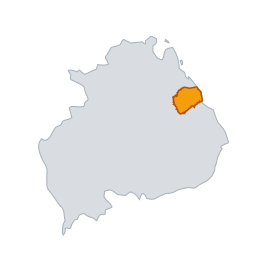 Veal Veaeng, Pouthisat, Cambodia shown in context, rotated 165°
{"feature_id": "14789045B9222272664434", "entity_name": "Veal Veaeng", "entity_type": "district", "adm_level": 2, "iso_a3": "KHM", "parent_name": "Cambodia", "parent_adm1": "Pouthisat", "projection": "robinson", "projection_center": [103.138, 12.256], "detail": "fine", "context": "in_parent", "style": "filled", "palette": "amber", "viewbox_px": 256, "rotation_deg": 165, "n_neighbors": 0, "source": "geoboundaries", "source_scale": "gbopen_adm2", "svg_char_len": 6545}
<svg xmlns="http://www.w3.org/2000/svg" viewBox="0 0 256 256"><g transform="rotate(165 128 128)"><path d="M218.2,41.4L218.7,43.6L217.2,47.8L215.7,51.6L212.7,55.0L212.6,57.4L211.6,64.7L212.0,67.0L212.7,69.0L213.7,70.1L216.3,77.3L218.7,83.8L221.0,89.1L221.4,92.5L219.3,101.1L216.9,108.9L217.1,112.9L218.2,116.8L219.3,122.0L219.8,128.7L219.2,133.1L218.1,135.8L216.0,138.6L214.1,140.0L211.9,137.6L210.1,137.5L207.7,138.3L205.8,139.3L202.0,143.4L197.8,147.4L191.9,148.4L189.6,151.4L187.2,151.8L182.5,151.9L179.5,152.6L179.6,154.1L179.4,161.1L179.5,162.7L179.0,163.1L176.9,163.4L173.3,162.3L168.5,160.6L165.1,160.3L163.3,163.3L162.3,164.5L161.0,164.7L159.6,165.2L159.1,166.6L159.0,168.3L159.7,171.2L160.0,175.8L159.8,179.0L161.1,181.0L168.4,187.7L170.6,189.4L170.9,190.4L169.6,194.0L170.8,199.1L168.5,199.0L164.6,196.8L162.8,195.5L160.5,196.6L159.7,196.4L158.2,193.8L156.3,191.3L154.2,191.1L149.9,192.1L145.5,192.8L143.9,192.8L143.2,193.3L140.7,197.1L139.6,196.5L135.2,195.0L131.1,194.4L130.3,195.4L130.8,198.6L131.7,201.6L131.2,202.9L128.9,204.5L126.0,207.4L124.2,209.6L123.0,210.2L118.5,210.1L114.1,210.4L112.3,212.5L110.6,214.2L109.2,214.6L103.4,209.4L91.8,207.5L90.6,205.2L89.5,204.8L88.4,207.8L82.1,210.7L79.4,208.9L77.5,206.8L77.8,204.2L79.6,202.1L82.8,200.6L84.2,195.3L81.8,188.5L79.7,186.5L77.5,184.9L75.2,187.5L73.2,191.8L71.2,194.0L68.3,194.5L64.0,194.3L62.4,187.9L61.9,182.3L62.4,176.0L63.1,172.3L59.0,167.1L58.8,162.2L56.8,159.7L56.2,160.9L56.3,162.4L55.7,161.3L49.3,146.9L48.2,140.2L49.3,135.1L50.0,133.3L48.1,130.6L45.5,127.5L40.9,123.5L40.6,117.1L39.6,109.6L38.2,107.0L36.1,102.4L35.0,98.5L34.6,88.4L35.2,87.6L38.4,87.3L42.6,86.5L43.3,84.9L42.5,83.5L45.2,81.2L49.1,76.2L52.0,70.9L54.2,67.6L55.4,64.3L59.7,59.6L65.7,56.4L69.7,55.7L73.9,54.6L77.9,53.0L79.8,52.8L84.8,54.7L87.5,55.2L90.4,55.2L93.3,55.4L95.9,55.2L102.0,53.9L108.5,54.9L114.3,54.1L121.4,52.6L125.0,53.5L128.2,55.1L128.6,58.2L129.4,59.6L130.5,60.7L131.9,60.7L133.7,58.5L135.2,56.3L135.7,55.9L135.8,57.0L136.6,59.4L137.9,61.7L139.3,63.3L141.6,65.4L143.1,65.5L148.0,63.5L155.4,66.4L156.3,67.8L158.6,70.8L161.2,72.9L167.0,73.0L169.0,67.8L168.0,64.7L164.7,59.2L163.8,56.0L164.9,55.4L170.4,54.8L171.3,54.2L172.5,50.6L174.0,51.0L177.1,51.5L180.3,49.0L182.2,46.5L183.3,47.7L184.4,49.5L185.7,50.5L188.0,52.0L190.6,54.2L192.2,56.3L193.5,57.1L196.8,56.5L197.7,56.6L199.6,54.1L200.9,52.7L202.1,53.1L203.7,53.0L207.1,49.7L209.1,46.7L210.2,45.9L213.2,47.4L214.5,47.1L216.2,43.0L218.2,41.4ZM60.2,179.4L59.6,179.7L59.0,179.7L58.4,179.1L58.4,176.8L58.9,175.4L59.9,175.1L60.2,179.4ZM69.9,202.2L68.6,203.8L66.5,200.6L66.5,199.7L69.9,202.2Z" fill="#d9dde1" stroke="#a8b0b8" stroke-width="1"/><path d="M51.0,134.4L50.8,134.4L50.5,134.6L50.4,134.6L50.1,134.6L49.8,134.7L49.6,134.8L49.5,135.0L49.4,135.1L49.4,135.3L49.2,135.4L49.1,135.6L48.9,135.8L48.9,136.5L48.9,136.8L48.8,137.0L48.9,137.4L48.9,137.7L48.9,138.0L48.9,138.3L48.8,139.0L48.7,139.2L48.7,139.5L48.5,139.9L48.5,140.0L48.7,140.5L48.7,141.4L48.6,141.6L48.4,142.1L48.3,142.3L48.4,142.5L48.3,143.0L48.2,143.3L48.1,143.6L48.3,143.7L48.3,143.9L48.4,144.0L48.4,144.4L48.6,144.7L48.6,144.9L48.8,145.1L49.0,145.2L49.1,145.5L49.2,145.8L49.2,146.0L49.3,146.1L49.6,146.5L49.8,146.7L50.0,147.0L50.1,147.3L50.3,147.5L50.5,147.5L50.5,147.8L50.5,148.0L50.6,148.4L50.6,148.6L50.6,149.1L50.7,149.3L50.8,149.5L51.5,150.0L57.7,150.4L58.5,150.6L59.3,151.0L62.7,152.7L62.9,152.7L63.5,152.8L64.1,152.6L64.3,152.8L64.4,152.7L64.5,152.7L64.8,152.6L65.2,152.4L65.5,152.1L65.9,152.0L66.0,152.1L66.4,152.1L66.5,152.3L66.6,152.2L66.7,151.8L66.8,151.5L67.2,151.5L67.3,151.5L67.5,151.6L67.7,151.4L67.7,151.2L67.8,151.2L68.1,151.0L68.8,151.2L68.8,151.3L69.1,151.3L69.1,151.1L69.5,151.1L69.8,150.8L69.9,150.5L69.9,150.4L69.9,150.2L70.1,150.0L70.2,149.9L70.3,149.7L70.5,149.8L70.6,149.7L70.8,149.5L70.9,149.4L71.0,149.4L71.3,149.4L71.5,149.3L71.4,148.9L71.4,148.7L71.4,148.4L71.5,148.3L71.5,148.0L71.7,147.9L71.8,147.7L72.0,147.6L72.3,147.6L72.2,147.5L72.2,147.2L72.1,146.9L72.1,146.7L72.4,146.3L72.5,146.2L72.8,146.1L72.9,146.3L73.3,146.4L73.3,146.6L73.5,146.7L73.5,146.8L74.0,147.0L74.1,146.8L74.5,146.7L74.9,146.5L74.9,146.3L75.1,146.2L75.2,145.9L75.3,145.8L75.5,145.8L75.7,146.0L75.8,146.1L75.9,146.5L76.0,146.5L76.1,146.4L76.6,146.3L76.7,145.9L76.7,145.7L76.4,145.3L76.3,145.2L76.6,144.6L76.8,144.4L76.9,144.1L76.8,143.7L76.7,143.5L76.8,143.4L76.7,143.3L76.7,143.0L76.8,142.9L76.9,142.7L76.9,142.4L77.0,142.3L77.0,142.2L76.9,142.1L77.0,142.0L76.8,142.0L76.8,141.9L76.8,141.7L77.0,141.6L77.2,141.4L77.1,141.2L77.0,140.9L77.4,140.7L77.3,140.4L77.3,140.1L77.3,139.9L77.4,139.7L77.3,139.4L77.4,139.2L77.2,139.1L77.3,139.0L77.3,138.8L77.5,138.8L77.4,138.7L77.5,138.6L77.3,138.7L77.2,138.6L77.2,138.4L76.8,138.4L76.7,138.3L76.6,137.7L76.7,137.4L76.4,137.0L76.4,136.6L76.2,136.5L76.1,136.2L76.0,135.6L75.9,135.3L75.8,135.1L75.8,134.9L75.7,134.8L75.8,134.7L75.8,134.2L76.0,134.1L76.1,133.9L76.1,133.7L75.9,133.5L75.9,133.4L76.1,133.4L75.9,133.2L75.7,133.1L75.5,132.8L75.2,132.4L75.4,132.2L75.4,131.9L75.6,131.7L75.3,131.1L75.3,130.8L75.2,130.7L75.2,130.4L75.3,130.4L75.0,129.7L74.9,129.5L74.9,129.4L74.3,128.7L74.3,128.8L74.2,128.8L73.2,128.2L72.9,128.0L72.5,127.9L72.4,128.0L72.2,128.0L71.9,128.2L71.8,128.3L71.7,128.3L71.4,128.3L71.4,128.0L71.4,127.9L70.3,127.6L70.1,127.6L70.1,127.8L70.3,127.9L70.3,128.0L70.2,127.9L70.0,128.0L70.0,127.9L69.9,127.9L69.9,128.0L69.8,127.9L69.8,128.0L69.7,128.1L69.7,127.9L69.5,128.0L69.4,128.0L69.4,128.4L69.3,128.5L68.9,128.3L68.7,128.3L68.6,128.6L68.3,128.6L68.2,128.7L68.2,128.8L68.1,129.0L67.7,129.2L67.5,129.5L67.4,129.6L67.2,129.5L67.0,129.4L66.9,129.3L66.6,129.3L66.3,129.5L65.9,129.9L65.3,130.1L65.0,130.2L64.9,130.4L64.6,130.7L64.4,130.9L64.3,131.1L64.1,131.1L63.7,130.8L63.4,131.0L63.1,131.0L62.7,131.4L62.4,131.6L62.3,131.8L62.1,131.8L61.8,131.8L61.5,131.8L61.3,132.0L61.2,132.0L61.2,132.5L61.2,132.8L60.8,132.8L60.5,132.8L60.2,132.7L59.8,132.6L59.6,132.5L59.4,132.5L59.3,132.1L58.9,131.6L58.9,131.3L58.7,131.2L58.5,130.9L58.4,131.1L58.2,131.2L58.1,131.4L58.0,131.5L57.8,131.8L57.7,132.0L57.7,132.3L57.6,132.5L57.5,132.4L57.2,132.6L56.9,132.7L56.9,132.9L56.8,133.1L56.7,133.0L56.3,133.1L56.2,133.1L55.9,133.0L55.7,133.1L55.5,133.3L55.5,133.2L55.4,133.1L55.2,133.1L55.0,133.4L54.9,133.5L54.7,133.7L54.7,133.8L54.5,134.0L54.3,134.1L54.2,134.3L54.2,134.5L53.6,134.3L53.4,134.2L53.2,134.0L52.9,133.9L52.8,134.0L52.7,134.2L52.5,134.3L52.5,134.5L52.3,134.6L52.2,135.0L52.3,135.2L52.2,135.3L51.9,135.6L51.8,135.4L51.7,135.4L51.5,135.2L51.4,135.0L51.3,134.8L51.0,134.4Z" fill="#f59e0b" stroke="#b45309" stroke-width="1.5"/></g></svg>